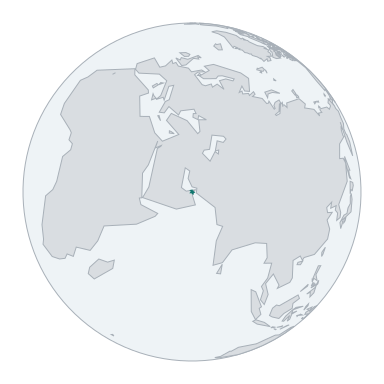 Sharjah highlighted on a globe, orthographic projection, rotated 38°
{"feature_id": "ARE-348", "entity_name": "Sharjah", "entity_type": "Emirate", "adm_level": 1, "iso_a3": "ARE", "parent_name": "United Arab Emirates", "parent_adm1": "", "projection": "orthographic", "projection_center": [55.908, 25.102], "detail": "fine", "context": "on_globe", "style": "filled", "palette": "teal", "viewbox_px": 384, "rotation_deg": 38, "n_neighbors": 0, "source": "natural_earth", "source_scale": "10m", "svg_char_len": 10963}
<svg xmlns="http://www.w3.org/2000/svg" viewBox="0 0 384 384"><g transform="rotate(38 192 192)"><circle cx="192" cy="192" r="169" fill="#eef3f6" stroke="#a8b0b8"/><path d="M245.3,31.7L244.5,31.4L246.9,32.3L244.6,31.7L236.6,29.3L235.0,29.1L239.7,30.6L240.4,31.4L233.7,29.1L234.2,30.3L221.0,27.7L205.1,24.1L196.0,23.9L175.0,24.2L175.1,24.4L167.3,25.3L164.5,26.1L161.4,26.4L161.9,26.9L165.3,26.5L166.7,26.7L165.4,27.3L161.2,27.6L161.2,27.3L159.3,27.8L157.7,27.7L157.8,28.1L152.8,28.7L155.8,29.1L150.2,30.4L147.4,30.6L150.3,29.3L151.0,28.1L162.7,25.6L174.5,23.9L186.5,23.1L198.4,23.2L210.4,24.0L222.2,25.8L233.9,28.3L245.3,31.7ZM123.4,37.6L129.5,35.1L130.2,35.0L135.6,33.4L131.9,35.2L125.4,38.0L120.8,39.6L117.8,41.1L119.9,41.0L109.1,46.2L98.1,53.5L95.6,55.0L94.8,54.3L100.6,49.9L100.4,50.0L111.7,43.4L123.4,37.6ZM97.8,51.7L97.4,52.0L93.5,54.7L97.8,51.7ZM88.7,58.3L87.6,59.2L88.8,58.3L86.1,60.5L86.5,60.0L88.7,58.3ZM247.6,32.5L249.1,33.0L249.6,33.3L247.6,32.5ZM137.2,32.6L136.4,33.0L135.8,33.1L137.2,32.6ZM140.3,31.6L140.2,31.5L141.7,31.0L140.3,31.6ZM246.7,32.9L247.2,33.4L245.3,32.4L246.7,32.9ZM140.1,32.0L144.3,30.2L146.8,29.5L149.1,29.4L140.1,32.0ZM246.5,33.5L247.8,35.3L251.2,36.4L242.2,34.8L244.1,33.5L241.3,31.9L244.6,33.1L246.5,33.5ZM167.0,26.2L163.3,26.6L167.5,25.8L167.0,26.2ZM169.3,25.7L180.4,23.8L185.2,23.9L180.5,24.3L187.6,24.3L184.5,25.1L179.9,25.3L177.4,25.1L178.1,25.7L169.3,25.7ZM237.1,33.8L236.2,34.1L235.6,33.4L237.1,33.8ZM167.6,26.7L169.4,26.2L173.6,26.1L170.8,27.2L170.3,26.9L167.6,26.7ZM191.0,24.0L193.7,24.3L191.9,25.0L192.7,25.3L184.8,25.2L191.0,24.0ZM168.7,27.2L169.2,27.8L166.0,28.4L166.1,27.3L168.7,27.2ZM175.9,25.8L177.8,25.8L175.8,26.1L175.9,25.8ZM155.0,31.6L157.1,30.7L159.5,30.5L155.0,31.6ZM169.6,28.0L170.7,27.8L171.9,27.7L171.5,28.3L169.6,28.0ZM184.1,25.8L182.8,26.2L187.2,25.9L186.0,26.7L181.0,26.5L182.7,26.9L182.3,27.2L178.6,26.8L184.1,25.8ZM174.8,28.7L168.0,29.2L163.6,30.8L161.3,30.9L168.8,28.4L174.8,28.7ZM177.4,27.6L175.2,28.2L173.5,27.9L173.9,27.3L177.4,27.6ZM187.0,27.3L190.1,26.2L191.1,26.3L187.0,27.3ZM173.8,29.2L175.5,29.1L173.7,29.3L173.8,29.2ZM183.4,27.9L184.3,27.4L185.4,27.5L183.4,27.9ZM178.0,29.4L175.8,29.5L176.0,29.0L178.0,29.4ZM180.7,28.7L182.0,29.0L177.4,28.7L181.0,28.5L180.7,28.7ZM184.2,28.1L185.2,28.0L183.7,28.3L184.2,28.1ZM178.5,31.5L172.6,31.2L173.1,30.0L178.7,30.4L178.5,31.5ZM36.9,200.8L35.3,172.7L39.2,165.4L42.2,154.5L71.1,130.0L74.8,134.9L94.7,138.5L96.8,140.8L91.7,148.6L104.5,164.4L111.9,158.7L126.2,168.3L137.4,170.2L146.2,154.8L127.8,151.3L127.3,142.8L144.2,138.8L160.6,142.5L161.0,139.4L152.8,131.0L158.9,126.2L150.2,127.7L152.1,131.3L146.7,132.5L144.7,129.4L146.9,127.7L142.6,125.5L133.1,135.0L134.0,139.6L121.2,138.9L121.4,146.7L117.1,149.3L115.3,137.1L117.2,133.3L111.9,119.2L108.7,123.0L113.5,136.8L111.0,135.1L106.7,141.2L108.0,135.3L103.6,119.9L93.7,119.2L77.0,131.0L72.0,130.1L69.7,124.6L79.8,109.5L89.8,113.5L93.5,108.9L94.9,100.4L97.8,102.6L99.6,99.8L103.7,101.2L112.9,96.6L117.6,97.6L124.5,89.9L127.8,89.5L122.8,94.0L121.8,98.0L133.9,101.2L137.2,100.0L140.7,95.0L143.6,96.8L145.4,91.5L154.0,91.4L145.1,87.4L149.0,82.1L155.9,79.2L155.6,76.9L144.3,81.8L141.2,84.5L141.1,87.9L131.4,95.6L126.5,95.9L130.7,85.7L124.3,85.3L130.4,78.2L157.1,68.2L166.6,67.6L175.4,77.3L171.3,80.0L166.1,77.8L167.9,84.5L169.2,81.7L171.6,83.5L175.9,79.5L177.8,80.6L178.7,75.1L181.5,76.1L180.9,79.5L189.7,75.1L196.4,76.3L197.5,74.9L196.7,73.0L205.8,76.1L206.1,75.0L203.3,73.4L202.3,70.2L203.9,65.9L207.0,67.2L206.8,69.0L211.0,74.9L210.0,79.6L211.4,79.8L213.0,76.0L207.9,68.7L208.0,65.8L211.1,68.9L210.0,67.5L211.0,66.6L214.9,66.9L211.8,63.5L218.9,52.6L227.1,52.9L229.0,56.4L237.2,51.8L245.8,53.5L243.2,51.9L245.3,49.3L242.7,48.7L241.6,47.8L245.9,42.1L249.3,42.2L248.2,39.0L246.9,38.3L244.3,38.0L242.2,34.8L251.2,36.4L253.8,37.7L257.6,38.2L263.0,41.5L269.2,44.8L272.8,48.8L277.4,51.4L278.4,51.4L285.4,55.4L296.4,64.6L283.2,57.2L265.8,45.7L272.5,50.1L269.7,49.3L271.4,51.2L276.2,54.6L277.6,54.8L278.7,63.2L287.8,74.8L290.3,72.3L295.1,74.5L307.7,88.0L315.3,111.5L321.8,116.6L324.4,121.0L323.5,125.3L319.7,118.9L316.0,118.0L314.0,114.0L311.3,119.4L308.3,114.0L307.7,121.3L311.5,124.8L315.0,121.7L315.7,130.9L323.3,136.4L327.8,145.6L326.9,165.8L320.7,174.6L321.0,177.8L316.7,175.8L313.8,183.7L324.0,198.0L324.7,203.0L318.6,215.4L317.9,211.8L306.6,206.5L306.4,218.9L315.1,225.9L318.2,236.2L312.3,234.8L309.0,225.9L304.9,223.7L304.6,213.2L298.6,199.0L292.6,203.8L291.7,197.5L282.5,186.6L273.1,193.1L259.2,212.9L259.5,228.9L253.7,236.8L241.2,215.5L237.3,200.2L231.7,202.3L219.7,190.0L196.0,190.1L193.5,186.0L188.9,187.9L180.6,183.7L177.3,176.8L171.8,177.1L180.9,195.0L186.9,194.9L193.2,188.2L194.5,194.5L202.6,200.1L190.2,215.1L156.5,226.8L154.9,214.6L137.9,179.0L139.3,175.3L139.3,174.9L139.2,174.1L136.0,179.9L133.6,172.9L140.9,197.5L141.4,207.6L156.0,227.5L154.2,229.2L159.5,233.4L178.2,230.0L177.9,233.9L168.1,251.5L143.6,272.9L147.8,288.5L147.7,300.7L134.7,306.7L138.1,315.8L131.7,317.7L132.8,322.4L128.9,326.3L121.6,328.9L106.8,324.9L104.1,320.6L93.9,310.1L79.0,285.1L80.8,275.8L78.8,266.9L68.2,243.7L70.4,233.4L68.0,227.6L62.9,226.6L60.4,219.6L57.5,218.0L40.7,211.8L36.9,200.8ZM58.3,145.1L56.9,148.2L58.3,145.1ZM176.4,155.1L187.3,156.6L185.3,146.0L189.4,145.8L187.2,142.5L185.1,145.3L180.3,136.2L186.1,133.7L186.2,129.3L182.5,128.7L172.7,134.9L179.6,147.6L175.8,151.5L176.4,155.1ZM91.0,56.6L90.9,56.6L89.1,58.0L89.6,57.6L91.0,56.6ZM86.6,61.4L82.3,64.7L85.4,62.1L84.4,62.5L89.6,57.9L94.6,55.5L91.4,57.3L86.6,61.4ZM97.9,51.8L94.1,54.5L98.1,51.6L97.9,51.8ZM105.6,84.8L105.8,87.1L102.6,89.8L96.7,89.8L101.3,85.9L105.6,84.8ZM107.0,90.0L112.8,80.6L116.7,80.6L113.5,82.1L115.5,83.1L110.9,85.8L109.0,95.6L106.0,98.7L96.7,96.3L101.4,95.2L100.8,92.7L107.0,90.0ZM120.7,60.6L123.2,57.7L128.4,61.3L125.4,63.7L119.3,63.6L119.3,60.7L120.7,60.6ZM143.2,32.6L143.8,32.1L145.0,31.9L145.4,32.2L143.2,32.6ZM155.8,31.2L141.6,35.2L141.6,34.6L133.2,38.2L130.1,38.3L135.6,35.8L126.9,38.9L130.5,36.7L124.6,39.1L137.3,33.7L140.2,32.3L138.1,33.7L141.0,33.6L143.1,33.1L151.4,30.9L159.2,28.3L163.3,28.1L164.1,28.8L162.8,29.4L160.6,29.2L160.5,30.2L156.3,30.4L155.8,31.2ZM171.2,42.3L169.1,40.8L168.3,44.8L164.0,44.2L164.2,44.7L160.1,45.4L155.4,47.3L153.8,46.7L152.7,47.7L149.9,48.4L147.8,49.6L144.3,49.2L141.4,50.8L141.4,49.7L137.3,52.7L138.8,50.4L135.4,51.3L135.8,53.1L122.2,49.9L115.4,51.1L108.9,53.6L112.2,49.8L120.4,45.3L130.4,41.5L136.5,41.2L136.9,39.8L139.9,39.3L138.3,40.6L142.6,38.4L144.7,38.5L153.5,36.4L158.4,33.7L161.8,33.1L160.9,34.2L164.9,32.9L165.5,34.7L167.9,34.4L171.0,36.1L167.9,38.7L170.8,38.2L173.3,39.8L171.2,42.3ZM179.2,32.0L176.5,34.8L172.8,36.0L169.0,32.6L166.8,32.6L164.2,31.0L169.6,29.4L169.8,30.0L171.3,30.2L169.0,30.6L171.9,30.5L172.3,31.3L174.7,31.5L173.2,32.3L179.2,32.0ZM100.8,138.5L102.7,139.6L106.0,140.2L103.4,144.3L100.8,138.5ZM97.5,128.1L99.5,128.2L97.4,133.8L95.5,132.9L97.5,128.1ZM102.4,123.7L99.8,127.8L100.0,125.0L102.4,123.7ZM124.8,94.0L127.1,94.0L126.6,95.2L124.6,96.8L124.8,94.0ZM167.8,55.8L167.2,54.3L168.3,53.9L170.4,50.5L173.7,50.9L173.7,53.2L167.8,55.8ZM142.1,157.0L137.8,159.5L136.5,157.7L138.3,157.2L142.1,157.0ZM118.9,152.0L123.3,155.2L118.1,153.0L118.9,152.0ZM171.8,55.7L172.2,54.1L173.6,55.3L171.8,55.7ZM176.2,51.1L178.1,52.2L174.3,50.6L176.2,51.1ZM217.2,353.0L219.1,353.6L216.2,354.0L217.2,353.0ZM176.6,301.0L168.5,320.7L160.5,320.2L157.7,314.3L159.8,302.2L168.7,299.2L172.7,293.5L176.6,301.0ZM340.5,249.4L342.7,248.5L342.5,249.2L340.5,249.4ZM338.4,248.7L341.1,247.1L337.7,250.5L338.4,248.7ZM342.1,246.5L344.8,243.2L346.0,241.3L345.6,242.9L342.1,246.5ZM336.5,249.9L324.6,256.0L319.5,256.5L321.0,253.4L329.3,250.2L336.5,249.9ZM320.6,253.5L312.3,249.7L298.7,232.5L303.7,231.4L317.4,239.7L316.6,242.3L321.6,246.0L320.6,253.5ZM339.2,231.1L338.3,238.2L332.1,241.1L329.1,241.6L327.0,234.0L328.2,229.0L330.8,227.9L339.0,207.8L342.2,209.7L340.1,217.6L342.6,222.0L339.2,231.1ZM260.3,230.3L264.9,238.9L261.5,241.0L260.3,230.3ZM341.0,195.1L338.6,203.8L340.4,193.1L341.0,195.1ZM341.3,185.6L342.1,188.9L340.2,186.5L341.3,185.6ZM322.2,182.5L319.5,184.6L318.8,182.2L321.8,178.2L322.2,182.5ZM331.1,153.4L333.5,160.4L333.8,163.0L331.4,159.5L331.1,153.4ZM200.5,60.1L194.0,64.1L191.6,67.9L193.6,71.2L187.9,68.5L191.8,62.6L200.5,60.1ZM216.4,53.3L214.5,50.8L217.1,51.1L217.9,51.7L216.4,53.3ZM214.0,52.3L208.4,51.0L208.5,49.1L212.9,50.5L214.0,52.3ZM189.9,52.6L187.8,53.6L186.7,52.6L189.9,52.6ZM328.3,291.9L314.2,307.3L311.9,308.4L315.7,304.0L319.9,294.0L320.9,293.5L324.2,285.8L336.1,272.1L345.7,253.6L348.7,250.9L353.2,238.0L355.1,234.9L352.5,244.1L352.5,244.8L347.9,257.2L342.3,269.3L335.7,280.8L328.3,291.9ZM345.7,246.1L349.1,238.6L350.4,236.9L345.7,246.1ZM358.3,221.6L357.4,224.6L358.2,220.5L358.6,216.3L356.3,219.0L355.8,216.7L357.0,213.1L354.9,213.5L357.3,208.9L357.9,214.0L359.0,207.1L360.2,205.1L360.5,204.1L358.3,221.6ZM356.4,222.9L356.8,222.4L356.3,224.8L356.4,222.9ZM351.6,223.5L351.4,225.4L350.6,224.9L351.6,223.5ZM352.7,221.4L354.8,220.9L352.4,223.2L352.7,221.4ZM344.2,222.5L345.1,226.0L348.0,221.2L345.8,226.7L347.3,232.1L346.5,235.2L345.0,229.2L343.8,237.4L342.5,238.2L342.2,232.1L343.8,223.1L345.1,218.8L350.0,213.5L344.2,222.5ZM352.8,216.3L352.2,212.0L352.6,208.3L353.4,210.2L352.8,216.3ZM349.5,202.1L346.9,198.1L345.2,201.8L348.0,190.8L350.1,196.4L349.5,202.1ZM346.2,191.0L344.7,194.4L345.8,188.3L346.2,191.0ZM343.9,192.8L343.0,189.0L344.6,188.5L343.9,192.8ZM347.2,190.5L346.3,183.5L347.7,186.9L347.2,190.5ZM340.5,180.7L345.1,184.8L340.3,185.1L337.0,172.4L338.8,170.8L340.5,180.7ZM330.6,122.8L328.4,119.7L329.1,117.7L330.4,120.4L330.6,122.8ZM329.5,109.7L328.6,116.2L327.5,122.0L329.3,122.8L331.7,129.3L327.4,125.0L326.0,116.7L327.3,113.5L324.7,108.4L323.9,103.7L319.6,98.2L318.4,95.1L322.6,99.2L329.5,109.7ZM317.7,96.0L310.0,86.2L312.7,85.5L315.0,87.5L317.4,92.2L315.9,92.2L317.7,96.0ZM309.0,83.8L307.4,83.9L292.7,72.5L290.3,70.0L302.9,77.6L302.0,78.2L305.2,81.4L309.0,83.8ZM238.0,34.7L236.4,34.2L237.9,34.3L238.0,34.7ZM240.1,47.6L238.9,46.4L240.8,46.4L240.1,47.6ZM236.5,43.2L235.2,44.0L235.3,42.6L236.5,43.2ZM232.6,46.1L234.1,44.1L234.5,46.9L232.6,46.1Z" fill="#d9dde1" stroke="#a8b0b8" stroke-width="1"/><path d="M192.2,192.4L191.9,192.5L191.7,192.6L191.7,193.0L191.4,193.2L191.4,192.9L191.3,192.7L191.2,192.4L191.3,192.3L191.3,192.2L191.3,191.8L191.2,191.8L191.2,191.7L190.9,191.5L190.8,191.4L190.7,191.4L190.4,191.4L190.5,191.3L190.6,191.2L190.8,191.2L191.2,191.2L191.3,191.1L191.2,191.1L190.9,191.0L190.9,190.9L191.0,190.8L191.2,191.0L191.4,191.1L191.5,191.1L191.6,191.3L191.7,191.5L191.8,191.5L192.0,191.4L192.1,191.2L192.2,191.3L192.2,191.5L192.1,191.8L192.1,192.1L192.2,192.3L192.2,192.4ZM192.7,192.1L192.9,192.4L193.0,192.5L192.9,192.6L192.7,192.6L192.7,192.4L192.8,192.4L192.7,192.4L192.7,192.2L192.7,192.1ZM193.3,192.4L193.1,192.4L193.1,192.5L193.0,192.4L193.1,192.2L193.3,192.4ZM193.2,191.4L192.9,191.3L193.0,191.3L193.0,191.2L193.2,191.3L193.3,191.3L193.2,191.4L193.2,191.4ZM193.0,191.5L192.9,191.6L193.0,191.5L193.0,191.5Z" fill="#14b8a6" stroke="#0f766e" stroke-width="1.5"/></g></svg>